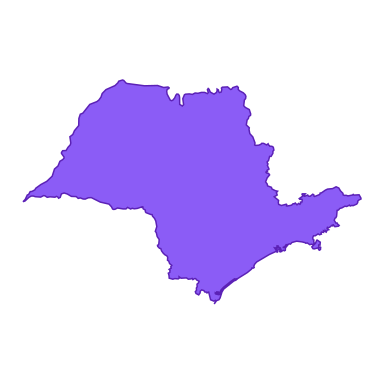 map outline of São Paulo (Albers equal-area conic projection)
{"feature_id": "BRA-1311", "entity_name": "São Paulo", "entity_type": "State", "adm_level": 1, "iso_a3": "BRA", "parent_name": "Brazil", "parent_adm1": "", "projection": "albers", "projection_center": [-47.634, -22.544], "detail": "fine", "context": "isolated", "style": "filled", "palette": "violet", "viewbox_px": 384, "rotation_deg": 0, "n_neighbors": 0, "source": "natural_earth", "source_scale": "10m", "svg_char_len": 6000}
<svg xmlns="http://www.w3.org/2000/svg" viewBox="0 0 384 384"><path d="M339.2,225.4L338.5,226.2L334.9,226.7L334.0,225.6L332.9,225.8L333.1,224.9L332.1,225.2L329.7,227.2L328.0,227.8L327.4,227.4L327.1,228.3L328.7,229.7L327.1,230.2L326.3,231.9L325.5,230.9L325.6,231.8L323.5,230.7L323.5,232.4L321.5,232.1L321.0,232.9L321.4,234.1L319.5,234.8L318.1,233.9L315.2,235.8L313.5,235.8L312.7,237.7L313.1,239.6L313.9,240.0L313.7,241.5L314.1,242.6L313.6,244.1L312.8,244.5L311.4,244.2L309.8,244.7L307.4,243.0L305.7,243.2L305.2,242.7L302.1,241.9L296.6,241.2L291.9,242.5L290.5,244.1L289.3,243.9L286.4,245.0L286.1,244.7L284.8,246.6L282.7,247.5L284.1,247.6L286.1,245.8L287.3,245.6L285.5,247.8L285.3,250.3L284.5,250.8L283.2,250.3L280.7,251.9L279.6,251.6L281.2,250.2L280.3,247.9L278.2,246.9L278.2,246.0L277.1,245.8L277.1,247.0L276.2,247.5L276.2,248.3L274.6,247.9L276.1,250.2L277.4,250.4L277.4,252.0L277.1,252.2L276.3,251.3L269.3,254.5L256.6,262.0L254.6,264.3L253.8,266.2L254.2,267.5L253.6,268.0L252.3,268.2L252.3,267.3L251.5,269.1L247.4,272.5L237.8,278.5L235.8,279.0L234.5,278.8L230.7,281.5L223.6,287.2L221.1,289.9L219.6,292.8L218.6,293.5L216.8,293.3L217.1,292.6L218.6,292.4L218.2,291.9L216.6,291.9L215.9,293.5L215.3,293.0L215.3,293.6L216.0,294.1L219.0,294.7L221.4,293.8L220.1,297.9L219.0,299.7L216.5,300.7L214.2,304.0L216.0,300.8L215.4,300.3L213.8,301.1L210.6,299.8L208.7,292.1L207.0,292.9L206.8,292.2L204.8,292.0L203.9,290.6L201.7,289.9L200.2,291.2L200.1,292.9L198.7,294.9L196.0,293.5L195.3,291.7L196.5,290.3L196.4,288.0L197.2,286.7L197.0,284.2L198.4,282.9L199.1,281.2L196.7,280.0L195.6,278.6L194.5,278.6L192.9,279.6L192.1,278.4L191.0,278.9L188.3,279.2L186.5,277.9L181.0,278.2L179.1,276.8L179.2,278.2L178.2,278.9L174.8,278.6L172.8,279.2L169.2,278.2L169.0,275.4L168.3,273.2L169.8,272.4L170.0,270.3L169.1,269.4L171.2,268.1L170.8,266.8L171.8,265.3L169.6,263.6L168.7,261.0L167.5,260.3L167.7,257.2L166.8,255.8L164.9,254.8L163.3,253.3L161.5,250.8L160.8,248.6L159.5,248.3L157.7,246.4L157.5,245.3L158.3,244.9L158.8,244.0L159.2,239.5L157.2,236.6L156.3,232.6L155.3,231.4L156.8,226.6L155.8,221.1L154.6,218.5L152.5,216.1L152.1,214.6L150.8,214.5L146.1,212.7L145.4,211.8L145.3,210.1L143.2,208.8L142.8,206.8L142.1,206.8L142.1,207.5L141.0,207.2L137.4,208.4L134.3,208.8L132.2,208.3L130.6,209.0L127.6,207.4L126.0,208.9L123.0,208.9L117.5,208.0L114.9,209.3L113.4,209.4L112.6,209.0L111.4,206.7L109.0,204.1L100.3,202.1L91.3,197.6L88.2,197.8L85.2,199.1L83.1,199.0L80.3,197.9L78.2,198.4L76.3,196.6L71.4,196.4L67.3,194.0L64.1,193.0L61.4,193.9L60.2,197.4L58.6,198.2L57.7,196.9L56.4,196.4L55.0,197.2L50.0,196.8L47.2,197.3L44.9,195.8L43.6,195.6L40.7,197.1L35.3,196.7L33.2,196.0L31.1,196.1L28.9,197.4L25.0,201.0L23.0,201.7L25.2,199.4L27.3,195.0L28.6,194.5L30.2,191.6L32.0,191.4L34.8,189.9L35.8,188.2L40.9,184.5L46.7,181.4L52.2,176.2L54.5,169.0L58.0,166.0L59.9,161.3L62.7,159.6L64.0,158.2L64.0,157.0L61.5,153.5L61.5,152.4L62.7,150.7L66.1,150.5L68.0,147.3L70.3,144.8L70.8,143.0L69.9,136.7L72.8,134.5L74.5,130.6L78.7,125.6L78.9,118.4L80.3,114.2L82.8,113.2L89.8,104.4L96.9,101.6L98.8,100.1L101.0,97.1L102.2,93.5L106.0,89.6L115.0,85.6L117.9,82.8L118.7,81.2L122.5,80.0L123.7,80.4L126.1,83.1L127.1,83.5L144.6,85.8L157.5,85.5L163.7,87.5L168.0,87.0L169.1,87.8L168.9,88.5L167.2,89.3L166.7,91.3L167.1,94.1L170.3,100.2L171.6,100.7L172.8,100.2L174.7,97.9L175.9,95.1L176.9,94.0L178.4,94.3L179.3,95.7L179.6,97.5L179.7,104.4L182.3,106.0L183.6,104.7L182.8,98.7L184.4,94.8L185.4,94.2L189.3,93.9L192.4,94.4L195.1,93.0L198.0,93.3L201.4,92.4L204.6,92.4L207.4,93.6L208.3,92.6L207.4,89.7L208.2,88.5L209.0,89.2L210.3,92.1L214.0,94.1L216.4,92.5L217.1,91.0L217.1,89.1L218.4,89.9L218.8,91.8L219.5,92.6L221.2,92.0L221.8,89.3L221.4,88.1L222.3,87.2L227.6,86.9L230.6,89.5L231.5,89.3L232.8,87.6L237.0,86.2L238.3,87.4L238.2,89.4L239.7,90.9L243.3,92.8L245.2,94.7L245.9,96.3L245.6,98.6L244.4,100.0L243.7,105.7L245.3,107.4L249.3,109.6L250.7,114.0L250.5,115.4L248.9,116.4L248.4,118.5L247.1,120.0L246.3,124.9L249.3,127.8L249.0,129.3L249.8,133.6L252.8,136.9L255.0,142.9L254.7,145.0L255.6,145.4L258.7,145.2L260.8,144.3L261.8,143.3L263.7,143.4L266.5,144.9L268.1,143.8L268.4,144.9L269.4,145.5L269.7,146.2L271.9,146.3L273.3,147.2L273.9,150.1L272.9,151.3L272.9,153.3L271.1,156.4L269.6,156.4L268.5,160.6L267.2,161.8L267.3,163.0L268.0,163.9L267.4,165.5L269.0,169.0L268.7,169.6L267.4,169.9L267.0,170.7L267.4,171.5L266.0,172.0L266.0,172.4L266.7,173.1L268.6,173.4L269.6,174.9L267.2,177.8L265.6,181.9L267.2,184.0L267.6,185.9L271.4,187.3L272.0,189.0L275.4,190.7L277.6,191.2L276.4,192.7L277.2,195.0L274.2,196.8L278.6,200.4L278.3,202.5L278.7,204.4L281.4,205.5L286.3,204.2L286.7,204.5L286.5,205.9L287.3,206.0L291.5,205.2L293.1,203.7L294.4,203.8L295.2,203.0L297.0,204.8L298.6,203.4L299.9,204.3L300.6,203.4L300.5,202.1L301.9,202.0L302.3,200.1L301.9,199.3L299.8,199.3L299.2,198.6L302.9,196.0L302.0,194.2L302.3,193.8L305.3,193.8L304.0,195.4L304.1,196.0L304.7,196.3L307.7,195.0L308.3,196.1L310.1,196.3L312.8,194.2L313.8,194.8L314.1,196.3L314.6,196.5L319.7,194.5L320.2,193.0L321.4,192.9L325.4,190.1L327.5,189.1L332.6,188.6L336.1,186.8L338.8,188.0L340.5,190.9L342.9,193.3L343.2,194.9L344.4,195.4L346.1,195.3L348.0,195.9L352.6,195.0L353.2,194.4L354.0,195.1L359.1,194.8L360.9,198.0L361.0,199.0L359.1,199.9L357.7,201.2L357.7,202.6L356.7,204.1L353.0,205.7L352.0,205.4L350.2,206.0L349.5,205.1L346.7,206.5L344.9,206.2L341.9,207.9L339.9,208.4L338.5,210.0L337.1,210.4L336.6,216.2L335.9,217.7L335.0,218.2L334.2,220.3L336.0,223.1L337.1,223.0L337.8,224.3L339.2,225.4ZM320.7,247.7L320.2,247.8L320.5,249.4L319.6,250.2L318.9,249.9L317.9,247.9L314.3,248.9L313.0,248.7L311.8,246.9L315.5,243.3L316.7,240.2L317.3,240.1L320.3,242.2L320.0,245.1L318.8,244.9L318.6,246.1L319.2,247.3L320.5,247.1L320.7,247.7ZM235.0,279.3L237.6,278.7L235.8,280.2L233.8,281.0L223.7,289.1L221.3,293.1L220.9,293.0L221.6,290.0L223.4,287.9L229.2,283.8L231.5,281.5L233.4,280.7L235.0,279.3ZM279.3,248.0L280.6,250.6L278.8,249.7L277.8,250.2L276.6,249.9L275.8,248.8L276.8,248.8L276.8,247.7L279.3,248.0Z" fill="#8b5cf6" stroke="#5b21b6" stroke-width="1.5"/></svg>